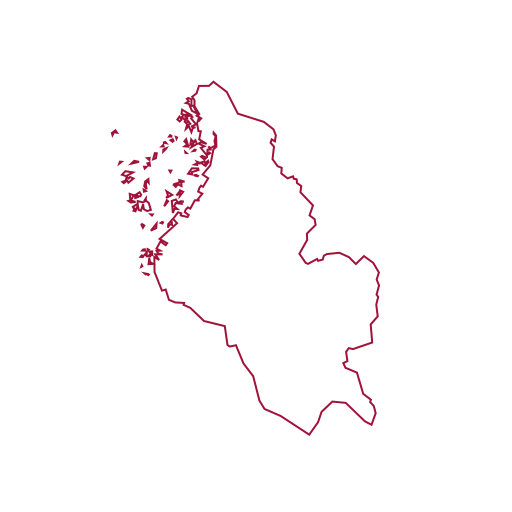 Cam Pha, Quảng Ninh, Vietnam (Natural Earth projection), rotated 122°
{"feature_id": "81297802B71504358310710", "entity_name": "Cam Pha", "entity_type": "district", "adm_level": 2, "iso_a3": "VNM", "parent_name": "Vietnam", "parent_adm1": "Quảng Ninh", "projection": "natural_earth1", "projection_center": [107.265, 21.066], "detail": "fine", "context": "isolated", "style": "outline", "palette": "rose", "viewbox_px": 512, "rotation_deg": 122, "n_neighbors": 0, "source": "geoboundaries", "source_scale": "gbopen_adm2", "svg_char_len": 6220}
<svg xmlns="http://www.w3.org/2000/svg" viewBox="0 0 512 512"><g transform="rotate(122 256 256)"><path d="M198.9,164.4L209.9,167.1L207.7,176.7L209.1,187.0L216.7,196.8L219.8,198.6L223.7,197.5L227.2,200.8L226.1,202.6L235.1,207.7L235.5,210.2L231.1,220.4L215.3,221.1L210.0,224.7L198.0,221.9L193.7,225.8L193.2,232.1L182.9,234.5L178.4,252.1L172.7,254.7L172.4,259.9L169.4,262.2L170.5,265.0L168.8,266.8L173.4,270.4L172.6,278.3L167.6,280.9L168.4,285.3L165.1,293.3L153.7,298.7L152.3,303.6L148.8,304.5L148.7,300.7L143.1,303.2L139.3,308.3L138.1,320.4L144.9,346.8L132.4,367.7L130.8,384.4L136.6,386.0L142.0,394.5L149.5,392.6L154.8,394.5L156.7,390.5L161.5,387.6L165.7,379.4L168.5,380.6L168.3,375.4L170.8,375.8L168.6,377.8L174.7,376.3L180.6,371.0L179.5,368.9L187.2,366.0L187.1,357.3L188.7,363.1L191.1,364.3L190.3,357.9L193.5,360.1L196.8,350.7L191.5,353.4L189.8,351.0L188.4,354.4L188.5,351.6L183.8,349.0L180.5,352.1L175.8,353.7L175.0,356.7L173.8,357.3L175.0,353.7L184.3,347.5L188.2,348.6L203.4,342.8L215.2,344.4L215.4,337.7L225.4,337.6L225.5,339.9L228.2,340.1L232.0,339.2L231.6,334.5L239.2,335.5L238.9,333.3L241.2,337.4L250.7,336.8L250.9,339.5L253.9,340.2L256.5,339.7L256.9,334.8L259.2,334.7L261.5,341.4L259.4,342.0L260.2,345.2L268.5,346.0L270.0,340.3L292.6,346.8L292.2,338.1L294.7,338.3L294.3,344.7L302.5,344.3L302.2,340.1L304.4,342.9L305.7,340.4L304.2,336.1L308.0,342.3L310.7,336.1L310.7,341.7L323.4,333.5L335.2,317.4L332.3,314.8L339.3,306.6L338.2,299.9L333.9,292.1L335.8,291.5L334.8,284.2L338.7,265.6L332.0,245.3L346.6,233.0L346.7,230.3L342.3,225.7L353.8,209.6L359.4,194.7L376.8,176.5L381.2,167.7L378.6,150.3L379.3,116.2L364.1,115.3L353.4,117.8L339.0,114.1L333.0,102.1L338.5,76.0L337.9,68.6L325.9,71.2L320.8,76.6L319.4,81.8L317.0,82.4L316.1,92.0L301.4,108.6L303.4,120.9L300.6,125.2L296.7,122.8L289.5,128.8L285.0,128.5L283.5,124.4L267.8,111.6L253.2,122.5L242.7,120.8L233.4,128.3L225.9,130.7L224.9,133.3L215.8,136.0L212.0,141.2L204.9,143.0L199.7,152.9L198.9,164.4ZM181.1,377.4L178.8,375.5L180.9,377.5L180.0,379.1L176.1,376.6L173.7,384.0L171.9,383.6L171.7,386.0L175.2,389.8L173.4,390.6L170.9,386.9L171.1,396.2L174.9,394.5L174.4,392.0L177.4,392.6L178.2,388.8L174.6,387.3L179.9,387.6L180.4,385.3L177.4,385.3L178.7,381.8L181.6,383.9L185.4,382.8L181.5,381.7L185.2,376.4L181.1,377.4ZM275.6,372.1L272.6,369.6L267.9,375.0L267.4,378.6L270.4,380.1L272.1,385.4L274.5,384.0L279.6,386.5L280.7,384.5L279.2,384.0L282.5,383.8L282.0,381.9L275.5,383.1L279.1,379.9L278.6,377.6L271.9,379.2L275.7,376.0L275.6,372.1ZM166.8,387.4L166.5,381.0L161.7,388.8L163.0,390.3L157.3,393.8L157.9,397.2L159.4,397.9L160.4,395.0L163.4,396.5L162.5,393.5L166.8,387.4ZM249.4,347.9L248.1,346.0L249.2,348.6L252.2,350.6L250.5,353.9L253.9,356.6L263.6,349.3L259.2,350.1L257.8,347.6L257.2,351.8L253.7,352.2L251.1,346.6L249.4,347.9ZM261.5,403.1L255.2,401.0L255.8,404.8L257.8,405.1L257.2,407.7L261.0,406.5L264.0,408.6L264.3,406.7L260.3,405.3L261.5,403.1ZM198.1,368.5L192.3,365.5L189.9,368.8L192.6,369.9L191.5,372.7L196.4,370.7L193.7,368.8L198.1,368.5ZM257.1,408.5L250.3,404.6L253.3,411.7L258.1,412.7L257.1,408.5ZM219.1,355.1L213.6,350.3L212.4,351.4L215.6,356.8L222.2,357.2L220.6,353.2L219.1,355.1ZM232.8,358.7L230.8,356.0L232.3,361.3L234.2,359.8L237.0,362.3L236.2,356.2L232.8,358.7ZM256.0,387.8L257.3,384.1L253.1,387.9L250.0,387.9L250.7,385.9L247.8,388.0L251.5,389.5L256.0,387.8ZM290.2,358.6L285.2,355.4L281.2,357.5L290.2,358.6ZM270.2,396.0L274.1,393.0L274.1,391.7L269.3,391.9L270.2,396.0ZM206.4,346.5L201.5,346.1L200.7,347.1L204.2,348.2L203.0,349.8L206.1,352.4L206.4,346.5ZM245.8,352.4L240.2,351.8L240.6,355.1L245.8,352.4ZM274.9,346.1L274.1,343.7L270.5,346.5L275.6,347.3L278.6,345.6L274.9,346.1ZM254.3,362.9L248.6,359.4L248.5,366.2L251.4,362.7L254.3,362.9ZM262.5,360.2L256.2,359.5L256.0,361.2L262.5,360.2ZM314.1,345.5L319.9,342.8L317.3,339.2L317.2,342.8L314.1,345.5ZM226.3,442.0L225.1,439.2L223.9,441.8L228.1,443.4L229.6,441.7L226.3,442.0ZM243.8,410.7L238.1,405.1L239.8,409.7L243.8,410.7ZM267.9,387.9L266.7,385.8L265.0,385.8L263.6,388.5L267.1,390.1L267.9,387.9ZM308.8,349.0L310.4,345.2L310.2,344.6L307.1,346.5L308.8,349.0ZM228.5,394.5L226.2,392.7L221.5,394.6L222.4,396.3L228.5,394.5ZM198.9,350.2L199.6,354.7L200.9,355.3L201.5,350.9L198.9,350.2ZM196.8,377.5L197.7,372.8L193.9,377.2L196.8,377.5ZM276.9,393.4L276.9,390.4L274.0,386.8L275.2,392.0L276.9,393.4ZM182.3,392.0L179.8,391.5L178.3,394.8L181.9,395.0L182.3,392.0ZM310.5,350.7L313.7,351.0L313.8,348.9L310.5,350.7ZM235.0,397.2L236.2,395.4L235.6,393.8L233.3,395.7L235.0,397.2ZM292.0,366.9L289.3,366.9L289.3,369.6L290.1,369.8L292.0,366.9ZM203.1,389.8L203.4,387.4L202.1,386.9L201.1,388.5L203.1,389.8ZM216.6,390.0L213.0,389.1L212.0,389.1L214.7,391.0L216.6,390.0ZM259.2,386.4L260.8,385.1L259.3,383.8L259.2,386.4ZM246.8,355.6L244.0,354.4L242.5,355.1L246.8,355.6ZM198.6,373.8L200.9,374.7L199.6,372.1L198.6,373.8ZM239.2,364.3L239.9,360.7L238.3,360.5L239.2,364.3ZM318.0,353.5L317.0,351.4L315.4,351.4L316.1,353.3L318.0,353.5ZM240.8,396.7L238.4,396.1L239.6,398.2L240.8,396.7ZM268.9,390.5L270.8,389.2L269.2,387.8L268.9,390.5ZM311.7,355.4L310.2,352.8L309.2,353.8L310.4,355.2L311.7,355.4ZM209.1,394.9L207.9,391.8L207.4,393.4L209.1,394.9ZM230.7,400.1L231.1,397.3L229.2,398.2L230.7,400.1ZM313.5,347.5L312.3,345.5L311.0,345.9L311.3,346.8L313.5,347.5ZM265.5,379.9L267.5,380.0L267.2,378.9L265.5,379.9ZM220.4,351.3L219.4,347.9L218.8,347.7L218.9,349.8L220.4,351.3ZM248.1,421.4L250.1,420.9L247.3,419.9L248.1,421.4ZM211.0,393.5L213.1,394.0L212.0,392.4L211.0,393.5ZM200.8,393.0L199.6,391.0L199.0,391.4L199.0,392.9L200.8,393.0ZM278.4,354.3L278.0,352.6L276.7,352.7L276.9,353.6L278.4,354.3ZM200.3,364.9L198.9,363.3L198.0,363.5L198.3,364.4L200.3,364.9ZM211.0,356.6L209.9,354.1L208.2,355.0L211.0,356.6ZM205.2,371.1L206.0,370.4L205.5,369.5L205.2,371.1ZM230.3,373.0L228.5,373.1L229.4,374.7L230.3,373.0ZM193.0,350.4L194.7,350.2L193.1,349.5L193.0,350.4ZM197.5,386.9L198.6,385.6L197.3,385.8L197.5,386.9ZM324.3,348.0L326.0,347.6L324.9,347.0L324.3,348.0ZM307.6,351.6L308.8,350.8L307.5,350.4L307.6,351.6ZM207.3,356.0L208.1,354.2L207.5,353.1L206.9,353.7L207.3,356.0ZM276.5,367.4L276.8,365.7L275.5,365.6L276.5,367.4ZM328.5,337.8L330.0,337.4L328.5,337.1L328.5,337.8ZM329.8,341.4L330.1,339.7L329.0,339.2L329.8,341.4Z" fill="none" stroke="#9f1239" stroke-width="2"/></g></svg>